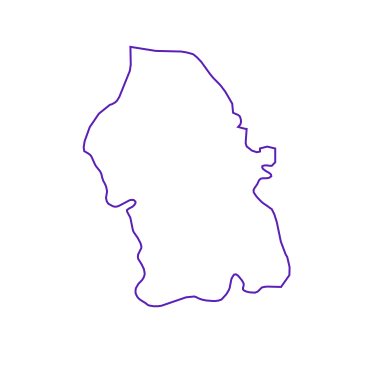 an SVG outline of Longford, rotated 120°
{"feature_id": "IRL-731", "entity_name": "Longford", "entity_type": "County", "adm_level": 1, "iso_a3": "IRL", "parent_name": "Ireland", "parent_adm1": "", "projection": "orthographic", "projection_center": [-7.669, 53.73], "detail": "fine", "context": "isolated", "style": "outline", "palette": "violet", "viewbox_px": 384, "rotation_deg": 120, "n_neighbors": 0, "source": "natural_earth", "source_scale": "10m", "svg_char_len": 2274}
<svg xmlns="http://www.w3.org/2000/svg" viewBox="0 0 384 384"><g transform="rotate(120 192 192)"><path d="M305.9,161.7L308.1,164.6L310.0,167.8L311.4,171.5L311.8,172.7L311.9,173.7L311.8,174.6L311.6,175.6L311.4,177.3L311.3,182.1L311.0,184.5L310.3,186.6L309.3,188.3L308.0,190.1L306.1,191.4L303.4,192.5L298.5,192.5L293.1,191.2L290.7,191.1L288.5,191.4L286.6,192.0L284.6,193.5L282.6,195.4L279.7,199.7L276.9,205.0L275.3,206.4L273.2,207.4L265.8,207.9L264.1,208.9L262.0,211.1L258.9,216.0L256.1,222.0L255.1,223.5L254.1,224.6L245.1,232.5L241.5,238.3L240.2,239.3L238.0,238.4L234.3,236.1L232.3,235.5L230.3,235.3L228.6,236.1L228.1,238.4L228.9,240.2L230.2,241.8L240.8,248.5L242.3,249.9L243.4,251.6L243.9,253.6L244.0,258.6L242.8,261.0L240.2,263.5L234.0,265.8L230.2,269.1L228.2,271.9L226.7,274.4L224.8,276.6L221.7,279.5L220.1,281.8L217.5,288.4L216.3,290.3L211.6,296.8L210.8,298.6L210.5,301.0L210.5,305.7L207.6,308.1L201.6,310.4L186.9,313.0L170.7,311.8L157.5,306.7L156.2,305.4L154.5,304.3L152.7,303.3L150.4,302.6L145.9,302.5L118.2,306.4L112.2,308.8L97.1,317.9L87.9,293.9L75.8,271.7L73.8,266.4L72.6,261.9L72.1,259.6L72.9,255.1L74.6,249.2L80.8,235.4L82.6,230.6L85.3,220.8L88.6,213.1L95.4,201.3L102.8,196.1L102.6,193.6L102.2,190.6L102.6,188.4L104.3,186.4L106.5,184.7L109.2,183.9L112.6,184.6L111.0,178.5L110.1,176.2L122.8,170.0L125.2,167.5L126.2,160.8L125.1,155.7L122.9,153.3L120.3,154.9L115.1,149.6L112.7,141.7L124.6,134.8L129.4,136.0L130.5,137.8L131.2,139.8L132.2,141.7L133.2,143.0L134.4,144.0L135.3,143.7L136.4,142.4L136.9,139.3L136.9,134.2L137.4,132.3L138.7,131.2L141.1,132.3L142.6,134.0L144.9,137.8L146.2,139.2L148.4,139.8L152.7,139.4L157.2,139.8L159.5,139.7L161.5,138.3L163.3,134.7L164.3,132.0L165.7,127.1L166.1,124.7L166.5,119.6L166.8,116.9L167.0,114.3L170.1,109.6L175.8,103.4L190.5,90.3L199.3,79.6L200.7,77.0L208.3,69.9L215.3,66.1L229.7,67.4L236.1,79.2L237.6,81.4L239.8,83.8L245.2,85.2L247.6,87.0L249.9,91.5L250.9,94.5L251.3,97.2L250.9,99.1L249.3,100.0L247.4,100.4L245.7,101.3L244.5,102.9L243.5,104.8L241.9,108.9L241.3,111.0L241.4,112.9L242.6,114.3L245.4,114.5L247.9,114.3L256.3,111.4L258.5,111.1L263.1,111.1L270.4,112.7L272.8,114.8L275.2,117.9L278.7,125.1L280.1,129.2L280.8,132.8L280.9,135.4L281.3,137.7L286.2,144.5L305.9,161.7Z" fill="none" stroke="#5b21b6" stroke-width="2"/></g></svg>